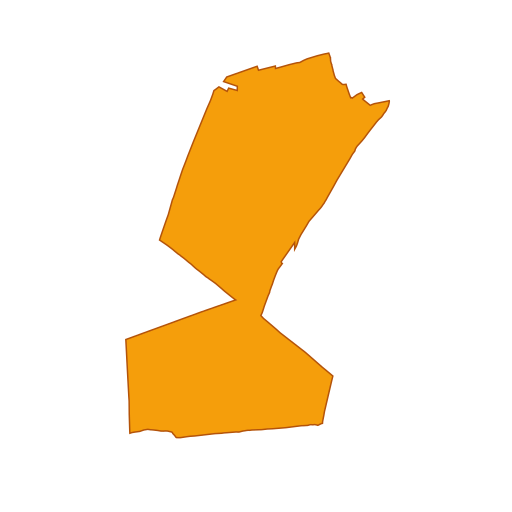 outline of Ghercesti, Dolj, Romania, rotated 162°
{"feature_id": "2599482B76093659633091", "entity_name": "Ghercesti", "entity_type": "district", "adm_level": 2, "iso_a3": "ROU", "parent_name": "Romania", "parent_adm1": "Dolj", "projection": "natural_earth1", "projection_center": [23.894, 44.373], "detail": "fine", "context": "isolated", "style": "filled", "palette": "amber", "viewbox_px": 512, "rotation_deg": 162, "n_neighbors": 0, "source": "geoboundaries", "source_scale": "gbopen_adm2", "svg_char_len": 4077}
<svg xmlns="http://www.w3.org/2000/svg" viewBox="0 0 512 512"><g transform="rotate(162 256 256)"><path d="M242.4,427.1L244.9,426.3L247.1,423.2L251.2,418.0L253.5,415.4L257.0,411.5L272.8,392.8L280.4,383.8L290.7,371.3L291.0,370.9L292.1,369.5L292.9,368.5L295.0,365.9L297.7,362.6L298.8,361.3L302.3,356.6L305.5,352.2L309.0,347.5L310.8,344.9L314.5,339.8L316.3,337.3L318.2,335.2L319.5,333.2L326.6,322.5L330.5,317.5L335.1,311.4L340.8,303.8L342.8,301.0L340.8,298.4L338.0,294.8L336.3,292.5L333.0,287.7L332.0,286.0L329.5,282.1L328.6,281.0L328.3,280.7L327.5,279.3L325.5,276.5L321.8,270.6L320.4,268.6L318.5,265.2L317.6,263.6L316.6,262.0L314.9,259.6L311.4,254.2L310.6,252.8L310.0,251.8L308.4,249.9L307.7,248.8L305.7,246.2L302.8,242.2L300.6,238.6L296.7,232.1L291.4,224.0L289.6,221.4L288.9,220.5L293.3,220.4L325.5,219.7L405.6,216.8L408.0,207.9L413.8,186.3L420.3,161.9L421.5,157.2L424.7,147.0L425.4,144.8L429.0,132.5L430.1,128.7L430.4,127.6L430.7,126.4L428.5,126.4L425.7,126.0L420.8,125.1L416.4,125.2L412.5,124.6L410.1,123.4L408.3,122.7L404.8,121.1L403.1,120.3L400.5,118.9L398.2,118.1L396.2,117.6L394.1,116.8L393.0,116.1L391.5,115.2L390.8,114.8L390.4,114.4L390.2,114.1L390.1,113.7L389.9,112.7L389.2,111.3L388.5,109.5L388.3,108.8L388.1,108.3L387.8,107.9L385.9,107.2L384.0,106.6L382.2,106.3L377.4,105.5L374.3,104.9L370.0,103.8L357.1,101.2L350.1,99.8L343.7,98.1L340.9,97.6L337.7,96.8L333.9,95.9L331.4,95.3L329.3,94.8L327.7,94.2L326.4,93.8L324.6,93.7L322.7,93.6L320.3,93.2L318.8,93.0L317.8,92.8L317.0,92.6L316.3,92.3L315.4,92.1L314.2,91.9L313.4,91.7L308.4,90.3L304.3,89.1L298.8,88.0L293.7,86.6L280.6,83.5L265.4,80.6L262.6,79.8L259.1,78.9L258.1,78.9L256.4,78.8L255.0,78.3L254.1,77.9L252.4,77.6L250.7,76.7L249.6,75.9L249.2,75.9L248.9,75.9L248.3,76.0L247.3,76.2L246.3,76.3L245.2,76.4L244.5,76.3L243.7,78.2L240.9,83.2L238.8,87.2L236.9,90.3L234.0,95.1L223.1,113.1L220.0,118.1L224.5,125.3L227.5,130.0L238.8,149.0L256.8,175.5L259.0,179.4L266.7,192.0L268.1,194.2L269.8,197.8L267.5,200.3L265.7,202.8L265.4,203.2L263.5,205.9L256.9,214.3L255.0,216.4L254.3,217.2L253.6,218.6L250.5,222.6L249.3,224.0L246.7,227.6L243.6,231.5L240.8,234.8L239.7,236.0L238.7,236.9L237.1,238.0L233.6,240.5L233.3,240.7L233.5,241.0L233.8,241.2L233.8,241.6L233.8,242.1L233.8,242.5L233.7,242.9L215.1,256.9L217.1,250.5L215.5,252.0L214.5,253.0L212.8,255.1L210.2,258.9L206.6,262.5L198.8,269.1L194.9,272.6L184.5,278.9L182.6,280.1L180.6,281.2L179.3,282.0L178.0,282.9L176.5,284.1L174.8,285.3L173.7,286.4L172.2,287.6L169.6,290.1L161.2,297.8L155.6,303.1L136.9,319.3L134.5,321.5L134.0,322.0L132.6,323.2L131.3,324.1L130.0,325.0L129.8,325.1L129.7,325.3L129.1,326.0L128.4,327.1L127.6,327.8L126.7,328.6L125.6,329.4L123.4,330.6L119.6,332.8L115.9,335.2L114.0,336.6L111.9,338.1L108.3,340.6L104.4,343.2L101.9,344.9L101.0,345.5L100.6,345.8L100.2,346.1L99.3,346.6L97.5,347.7L95.5,348.6L94.4,349.1L93.6,349.5L92.2,350.5L90.3,352.1L88.8,353.0L87.2,354.2L85.6,356.0L84.0,357.5L82.5,359.8L81.9,360.9L81.5,361.7L81.3,362.4L81.3,362.5L85.6,363.0L92.6,363.8L96.3,364.3L99.0,364.2L100.8,364.0L105.8,371.7L106.1,372.3L103.5,373.4L104.2,375.9L104.8,378.3L105.0,378.9L105.7,378.8L107.6,378.6L109.8,378.3L110.3,378.2L111.7,377.7L115.7,376.4L116.1,377.1L117.1,377.2L117.1,377.6L117.3,381.4L117.4,388.2L117.4,389.7L117.3,390.7L117.3,391.5L118.4,391.7L119.7,392.0L120.4,392.3L121.0,392.7L121.5,393.6L122.2,394.8L123.4,396.6L124.7,398.9L125.4,400.1L125.6,400.8L125.6,401.4L125.6,402.3L125.7,403.6L125.6,405.0L125.5,407.3L125.5,408.1L125.5,408.3L125.3,409.0L125.2,411.1L125.1,411.9L125.1,412.9L125.0,413.7L124.8,414.6L124.9,415.0L124.9,415.7L124.9,416.8L124.9,417.6L124.8,418.1L124.7,418.7L124.6,419.3L124.3,420.1L124.2,420.5L124.2,421.0L123.9,421.5L123.9,421.9L124.0,422.1L124.0,423.2L124.1,426.5L125.2,426.6L126.4,426.7L127.8,426.9L129.8,427.1L135.7,427.5L146.4,427.7L150.3,427.3L154.6,426.5L157.4,427.1L159.6,427.3L160.0,427.3L165.1,427.7L170.8,427.9L177.7,428.2L179.5,428.3L178.9,430.7L196.2,431.9L196.3,436.1L228.5,435.3L232.9,431.9L221.3,423.2L222.7,419.2L230.1,424.1L232.6,421.5L239.0,428.3L242.4,427.1Z" fill="#f59e0b" stroke="#b45309" stroke-width="1.5"/></g></svg>